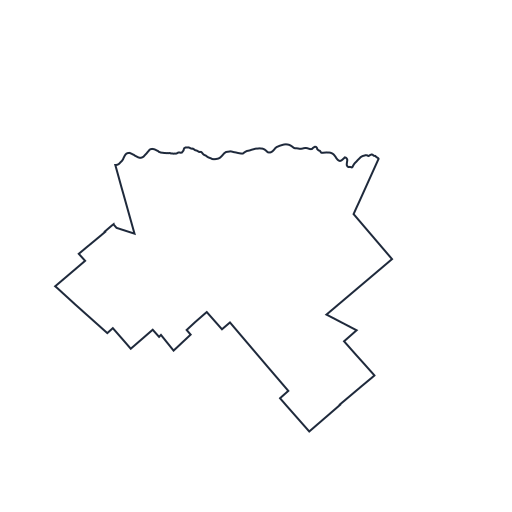 the district of Capital, Santiago del Estero, Argentina, rotated 308°
{"feature_id": "61730980B71875580954916", "entity_name": "Capital", "entity_type": "district", "adm_level": 2, "iso_a3": "ARG", "parent_name": "Argentina", "parent_adm1": "Santiago del Estero", "projection": "orthographic", "projection_center": [-64.309, -27.9], "detail": "fine", "context": "isolated", "style": "outline", "palette": "slate", "viewbox_px": 512, "rotation_deg": 308, "n_neighbors": 0, "source": "geoboundaries", "source_scale": "gbopen_adm2", "svg_char_len": 3984}
<svg xmlns="http://www.w3.org/2000/svg" viewBox="0 0 512 512"><g transform="rotate(308 256 256)"><path d="M218.6,419.4L234.7,422.9L234.8,422.9L237.3,409.2L239.7,395.6L243.0,377.9L259.4,381.0L253.2,347.6L337.3,365.1L349.1,307.1L356.4,305.3L361.6,304.1L407.9,292.8L408.0,292.8L408.3,292.1L408.2,291.0L408.1,289.6L408.3,288.4L407.8,287.7L407.5,286.9L407.6,285.7L407.3,284.7L405.9,283.8L404.6,283.4L403.9,282.9L403.9,282.2L403.7,281.5L402.9,280.3L401.5,279.3L400.3,278.4L398.3,277.6L396.3,277.4L394.2,277.1L392.2,277.0L390.3,276.7L388.6,276.7L387.1,276.9L385.6,277.2L384.8,277.0L384.6,276.3L384.2,275.6L384.0,275.1L383.3,274.5L383.0,274.0L382.9,273.1L383.1,272.4L383.5,271.6L384.2,271.0L385.0,270.5L386.0,269.9L387.3,269.2L388.0,268.7L388.4,268.1L388.7,267.3L388.8,266.4L388.6,265.7L388.3,265.2L387.5,265.2L386.5,265.0L385.2,264.8L384.0,264.5L383.0,264.0L382.5,263.5L382.2,262.6L382.1,261.7L382.2,260.6L382.4,259.8L382.6,258.9L383.1,257.7L383.3,256.9L383.6,255.7L383.8,254.8L383.8,253.6L383.6,252.3L383.2,251.1L382.8,250.3L382.2,249.5L381.6,248.7L381.1,247.9L380.5,247.3L379.9,246.6L379.1,245.8L378.4,245.0L377.8,244.3L377.6,243.7L377.7,243.2L378.0,242.3L378.2,241.6L378.0,241.0L377.8,240.5L377.8,239.6L377.9,238.5L378.5,237.8L378.8,237.0L378.9,236.1L378.4,235.2L377.3,234.7L376.0,234.3L375.0,234.3L374.1,233.6L373.5,232.7L373.0,231.4L372.5,230.0L372.0,229.1L371.5,228.4L370.5,227.4L369.3,226.5L368.1,225.4L367.4,224.5L366.6,222.9L365.9,221.7L364.9,220.4L364.5,219.2L364.5,217.9L364.5,217.2L364.4,215.8L364.1,214.0L363.5,212.6L362.6,211.1L361.8,210.1L360.7,209.1L358.9,207.8L357.6,206.9L356.2,206.1L355.8,205.9L354.6,205.2L352.9,204.8L351.5,204.8L351.0,204.8L349.1,204.6L347.9,204.3L346.6,203.7L345.6,202.5L345.1,201.7L345.0,201.1L345.1,200.1L345.2,198.8L345.2,197.3L345.0,196.3L344.6,195.0L343.8,193.8L343.0,192.5L341.7,191.2L340.7,190.0L340.1,189.4L339.8,189.2L339.1,188.7L337.0,187.1L335.4,186.1L334.3,185.2L333.2,184.2L331.7,183.5L330.3,183.0L328.9,182.7L328.2,182.1L327.3,180.7L326.0,178.2L325.2,176.4L324.1,174.4L323.5,172.9L322.8,171.5L321.5,170.3L320.3,169.1L319.4,168.3L317.4,167.7L315.5,167.6L313.9,167.5L312.4,167.3L310.9,167.0L309.3,166.1L308.4,165.3L307.4,164.4L306.5,163.4L305.8,162.4L305.4,161.6L305.3,160.8L305.1,160.0L304.6,158.5L304.3,157.4L304.2,156.1L304.2,155.6L304.2,155.1L304.2,154.4L304.0,153.9L303.8,153.2L303.7,152.3L303.8,151.3L304.0,150.4L304.2,149.7L304.2,148.7L303.8,148.1L303.5,147.7L303.0,147.2L302.9,146.4L302.8,145.8L302.7,145.2L302.6,144.4L302.3,143.8L302.0,143.1L301.8,142.3L301.9,141.6L301.8,140.8L301.7,140.0L301.2,139.7L300.9,139.0L300.6,138.3L300.4,137.1L300.1,136.1L298.9,134.6L298.2,133.7L296.8,133.1L295.9,133.3L294.5,133.9L293.1,133.9L291.9,133.9L291.0,133.1L290.3,131.7L289.6,131.0L288.7,130.7L287.5,130.0L286.7,128.9L285.8,128.0L285.2,126.8L284.4,125.8L284.1,124.7L283.2,123.8L282.6,122.9L282.0,122.2L281.2,121.0L280.6,120.2L280.2,119.4L279.4,118.1L278.9,117.3L278.6,116.2L278.3,115.4L278.4,114.2L278.1,113.0L277.7,110.9L277.4,110.0L276.7,108.6L276.0,107.8L275.0,107.0L273.8,106.7L272.4,106.7L271.2,106.6L269.4,106.6L267.8,106.4L266.5,106.3L265.0,106.2L263.9,105.7L263.3,105.4L262.4,104.7L261.8,103.9L261.2,102.4L261.0,101.3L260.8,100.2L260.5,98.7L260.5,97.4L260.1,96.0L260.0,95.0L259.7,94.1L259.5,93.0L258.3,91.7L257.0,90.9L255.7,90.7L254.3,90.8L252.7,91.1L251.3,91.4L250.3,91.7L248.3,91.8L246.3,91.5L244.8,91.4L243.9,91.2L242.8,90.7L242.1,90.2L241.5,89.6L241.1,89.1L234.0,98.7L227.6,107.3L222.8,113.9L198.8,146.5L192.3,128.8L193.1,124.7L193.5,124.2L191.1,123.6L182.2,121.8L182.1,122.3L167.8,119.2L158.4,117.1L148.6,115.0L147.0,124.3L108.5,116.4L108.4,118.8L106.5,143.3L103.7,186.3L111.0,187.6L107.2,207.4L105.8,214.4L134.3,220.0L132.6,229.4L135.3,229.7L130.7,249.3L153.8,252.9L155.0,246.9L166.8,248.8L177.6,250.9L181.5,251.7L177.3,274.3L187.6,276.4L182.2,302.6L175.9,333.3L169.6,364.5L158.8,362.5L158.7,362.5L156.8,372.3L150.5,406.0L190.5,413.9L190.6,413.5L206.2,416.8L218.6,419.4Z" fill="none" stroke="#1e293b" stroke-width="2"/></g></svg>